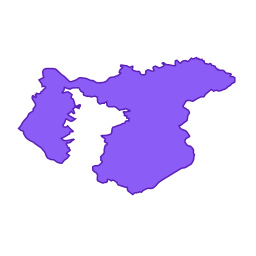 the district of Nghia Dan, Nghệ An, Vietnam, rotated 87°
{"feature_id": "81297802B96353597468260", "entity_name": "Nghia Dan", "entity_type": "district", "adm_level": 2, "iso_a3": "VNM", "parent_name": "Vietnam", "parent_adm1": "Nghệ An", "projection": "equal_earth", "projection_center": [105.406, 19.354], "detail": "fine", "context": "isolated", "style": "filled", "palette": "violet", "viewbox_px": 256, "rotation_deg": 87, "n_neighbors": 0, "source": "geoboundaries", "source_scale": "gbopen_adm2", "svg_char_len": 5796}
<svg xmlns="http://www.w3.org/2000/svg" viewBox="0 0 256 256"><g transform="rotate(87 128 128)"><path d="M158.4,63.0L156.2,64.0L153.5,63.7L151.7,64.5L149.4,66.6L149.1,68.2L148.0,70.1L144.7,72.0L142.7,71.5L141.5,70.4L139.8,67.0L139.0,67.0L134.6,69.7L133.4,71.3L131.7,75.1L130.2,76.3L128.3,76.9L128.0,75.0L126.0,72.4L124.1,69.3L123.3,68.5L118.9,67.7L116.3,65.9L115.2,66.0L113.3,67.0L109.8,71.9L109.3,71.9L108.3,71.4L104.3,68.7L103.7,67.7L103.7,65.2L104.7,61.8L102.1,56.9L100.9,54.0L100.6,52.6L100.8,51.4L100.8,50.7L100.5,50.3L98.4,48.9L94.0,43.0L94.0,42.6L95.7,40.5L95.2,39.3L94.9,37.7L95.7,36.0L95.8,34.7L95.3,32.6L94.7,31.3L94.5,29.9L94.0,28.7L93.2,27.4L92.0,26.0L90.7,23.5L89.2,22.1L87.9,19.2L87.3,18.9L83.4,18.7L82.2,20.5L81.9,23.0L81.5,23.2L80.6,22.9L79.9,22.2L79.1,22.6L78.2,27.4L76.1,29.0L75.4,30.0L75.1,34.0L74.9,34.3L74.3,34.4L74.4,35.7L73.1,36.2L72.7,37.2L71.0,37.8L70.3,39.2L69.9,40.9L68.2,41.9L67.9,42.5L68.0,43.0L68.5,43.6L68.4,44.7L67.6,47.7L67.0,48.3L65.2,48.4L64.3,50.3L63.3,50.5L63.5,52.9L63.2,53.3L62.3,53.7L62.6,54.6L62.3,55.5L61.8,55.8L61.3,55.8L61.6,57.0L62.4,58.8L62.0,60.6L61.6,61.0L64.6,64.3L64.7,65.0L63.9,66.2L63.7,66.8L63.9,69.3L64.7,70.9L65.8,71.8L66.0,72.1L65.9,72.7L65.5,73.2L63.0,75.5L63.0,76.3L63.5,77.2L65.7,77.5L67.6,77.2L68.2,77.5L68.2,77.9L68.0,80.1L67.0,83.8L66.6,86.6L66.3,87.2L65.0,88.5L64.7,89.1L64.6,89.8L65.1,90.5L65.5,90.4L66.0,89.4L66.8,88.8L67.5,88.8L68.4,89.9L69.4,92.4L69.6,93.8L67.9,96.8L67.7,97.5L67.8,98.2L68.2,99.1L68.7,99.7L69.5,99.9L71.6,99.0L72.1,99.1L72.5,100.0L72.4,101.4L71.0,104.3L71.1,105.7L72.2,107.3L73.4,107.2L74.9,107.7L75.7,108.6L75.8,109.3L75.5,111.6L74.2,113.1L73.1,113.1L72.3,113.6L72.0,114.4L72.0,116.7L70.4,120.4L69.7,120.8L67.2,119.9L66.5,120.2L66.7,121.0L67.6,122.9L65.9,125.8L64.7,131.7L65.7,132.2L66.1,132.1L67.0,130.5L67.5,130.3L69.5,132.9L71.8,133.9L72.1,133.7L72.5,132.5L72.8,132.4L74.2,133.9L75.3,135.9L75.7,137.7L76.3,139.0L76.5,142.3L76.7,143.3L77.3,144.2L80.2,147.2L80.6,148.1L81.2,150.2L81.3,152.5L81.4,155.1L81.1,156.6L80.6,157.8L78.9,160.1L78.6,161.1L78.7,162.3L76.3,167.3L75.3,172.7L75.5,174.4L77.2,177.0L78.7,181.7L78.8,182.3L78.5,184.0L73.1,189.0L71.2,191.6L66.1,196.3L65.4,197.3L64.8,199.2L64.4,204.8L64.4,207.2L65.1,208.8L65.8,209.5L66.8,210.0L68.0,210.2L71.1,210.0L73.1,209.5L75.3,214.4L79.1,212.0L81.3,211.5L82.2,211.6L82.0,209.1L83.0,208.2L83.6,208.2L85.3,210.6L86.3,210.9L87.2,212.8L88.9,213.5L89.2,215.6L88.6,217.5L89.3,217.5L89.7,218.8L90.7,218.5L91.5,217.9L92.0,217.9L92.5,218.1L92.7,218.6L92.4,219.3L92.0,219.6L92.0,220.4L91.2,220.4L90.9,220.7L90.8,221.4L91.1,221.8L92.6,222.1L93.5,222.1L94.8,221.5L98.6,219.3L100.7,219.1L102.8,220.6L103.9,221.7L105.6,221.6L106.6,222.8L108.0,225.5L108.6,226.2L112.0,228.1L114.8,231.1L117.5,233.3L120.5,235.1L122.7,237.3L124.8,235.1L125.3,233.5L125.8,232.8L126.4,232.5L128.1,232.5L131.8,230.7L133.5,229.1L135.4,226.6L137.0,223.5L138.8,221.5L143.7,215.2L144.8,214.6L147.7,212.3L151.5,211.1L153.4,210.2L154.1,209.4L155.5,206.6L155.7,204.4L156.0,203.6L158.2,200.9L158.8,199.7L159.4,198.1L159.7,195.8L156.7,193.2L156.3,192.2L154.6,189.9L152.3,188.0L150.3,190.8L148.5,188.9L148.0,187.8L147.0,186.9L146.1,187.7L144.6,187.9L144.6,188.8L140.9,190.4L140.0,190.3L139.5,186.6L137.6,184.2L136.7,182.6L136.4,182.9L136.4,183.5L137.2,187.8L137.3,191.0L137.1,192.8L135.0,195.2L133.3,191.4L130.7,186.5L130.0,186.3L129.2,186.4L128.8,186.1L128.8,183.3L128.4,182.9L124.7,186.7L122.7,188.1L124.0,190.2L123.9,190.9L123.3,192.2L122.6,192.8L122.1,192.9L121.7,192.8L119.9,191.3L118.2,190.5L117.1,190.3L115.7,189.3L117.8,185.7L118.3,184.4L117.9,182.7L116.1,180.1L115.8,181.2L112.7,185.8L111.3,187.5L110.9,187.4L110.5,187.1L110.2,185.7L108.4,184.0L110.8,181.6L110.5,180.6L107.9,181.3L106.3,182.1L104.9,180.4L104.5,180.2L104.6,179.1L104.9,178.1L105.9,175.8L105.5,175.7L104.3,176.8L104.0,176.5L104.2,174.9L103.7,174.6L102.8,174.5L102.2,174.7L102.2,175.0L103.4,178.1L103.4,179.1L103.0,179.6L96.5,181.1L95.6,182.2L95.2,183.3L94.7,183.4L91.7,182.1L89.6,184.7L88.7,186.2L89.6,191.6L89.1,191.9L88.7,191.6L86.6,189.9L84.1,189.4L85.8,185.2L86.2,183.7L85.9,183.1L85.4,182.5L85.1,180.8L85.2,175.7L85.4,174.9L88.8,173.2L89.9,171.4L90.1,170.8L92.8,170.6L94.0,167.8L94.3,166.5L94.5,163.7L95.1,163.2L94.6,160.6L94.6,159.1L95.6,157.0L100.4,157.0L101.6,156.0L102.6,154.8L101.9,152.4L102.1,150.4L101.7,150.1L100.6,148.0L104.4,147.8L105.8,145.9L106.0,139.9L107.2,138.3L109.8,135.6L109.3,133.8L109.1,130.8L108.5,129.1L109.6,127.4L110.6,125.3L110.8,125.2L111.4,125.5L111.5,125.9L111.4,126.8L111.5,128.1L111.9,129.2L111.5,131.5L111.9,131.8L112.6,131.6L113.6,130.6L115.3,131.0L115.8,130.1L115.7,128.7L118.1,128.6L118.5,126.6L121.1,126.7L120.8,128.5L120.9,129.4L121.4,130.3L122.3,130.5L123.0,131.1L123.3,133.2L124.3,135.0L125.3,139.0L126.0,140.6L126.5,143.0L128.0,143.9L131.6,144.5L132.6,145.0L133.4,146.1L134.2,149.4L134.2,155.0L134.7,154.9L135.4,154.3L137.1,152.0L137.7,151.5L138.5,151.4L139.9,152.2L140.5,152.1L141.3,151.2L142.1,149.5L143.8,150.1L144.0,151.5L147.0,152.6L149.4,153.0L150.7,152.8L152.2,153.5L155.1,156.6L155.7,156.9L156.2,156.5L158.6,156.9L160.1,155.4L160.7,155.5L162.2,157.1L164.0,159.4L164.1,159.7L163.9,161.8L164.0,162.9L164.7,165.1L165.1,165.3L168.1,165.4L170.0,163.8L171.3,161.9L172.9,161.0L173.8,160.9L177.7,161.4L178.5,161.3L179.2,160.9L181.0,157.6L181.7,155.8L181.2,154.4L181.2,152.6L180.7,151.7L179.9,151.3L178.4,151.2L178.2,150.7L178.6,149.2L179.9,147.5L179.8,147.0L179.3,146.2L179.3,145.2L181.8,142.0L183.8,141.2L184.3,140.7L186.7,134.7L187.2,132.0L189.9,131.7L190.8,131.3L194.7,126.7L193.0,124.6L193.2,122.6L192.4,119.6L192.8,117.9L191.1,116.0L189.6,112.6L189.3,111.3L189.6,107.5L189.3,106.3L187.3,103.5L184.1,100.4L181.6,96.5L171.1,76.9L170.8,75.5L170.7,73.6L170.3,72.4L167.1,66.5L163.7,64.4L161.5,63.8L160.1,63.8L158.4,63.0Z" fill="#8b5cf6" stroke="#5b21b6" stroke-width="1.5"/></g></svg>